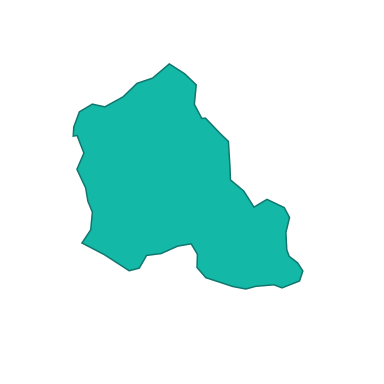 the district of Höör, Skåne, Sweden, rotated 300°
{"feature_id": "70781695B95937301884210", "entity_name": "Höör", "entity_type": "district", "adm_level": 2, "iso_a3": "SWE", "parent_name": "Sweden", "parent_adm1": "Skåne", "projection": "natural_earth1", "projection_center": [13.542, 55.959], "detail": "fine", "context": "isolated", "style": "filled", "palette": "teal", "viewbox_px": 384, "rotation_deg": 300, "n_neighbors": 0, "source": "geoboundaries", "source_scale": "gbopen_adm2", "svg_char_len": 803}
<svg xmlns="http://www.w3.org/2000/svg" viewBox="0 0 384 384"><g transform="rotate(300 192 192)"><path d="M92.8,122.2L93.9,147.4L92.4,177.0L99.7,184.4L114.4,184.4L123.2,196.0L137.9,206.6L146.7,217.2L140.8,227.8L129.1,234.1L124.7,246.8L130.5,274.4L134.9,287.1L142.3,294.5L152.6,309.4L154.0,317.9L168.7,329.6L179.0,327.5L183.4,319.0L184.9,308.3L189.3,303.0L204.0,293.5L208.9,292.1L218.7,289.2L224.6,279.7L223.1,260.6L209.9,253.2L218.7,236.3L221.7,219.3L233.4,211.9L254.0,198.2L256.9,186.5L262.7,166.7L260.6,163.7L269.1,150.2L286.9,142.1L290.7,126.6L291.6,108.3L270.9,100.9L258.7,90.1L239.9,84.7L222.1,73.9L218.3,61.8L205.2,54.4L189.2,57.1L181.0,61.2L183.5,64.2L171.7,78.9L154.1,81.0L142.3,97.9L132.1,106.3L124.7,115.8L108.6,123.2L92.8,122.2Z" fill="#14b8a6" stroke="#0f766e" stroke-width="1.5"/></g></svg>